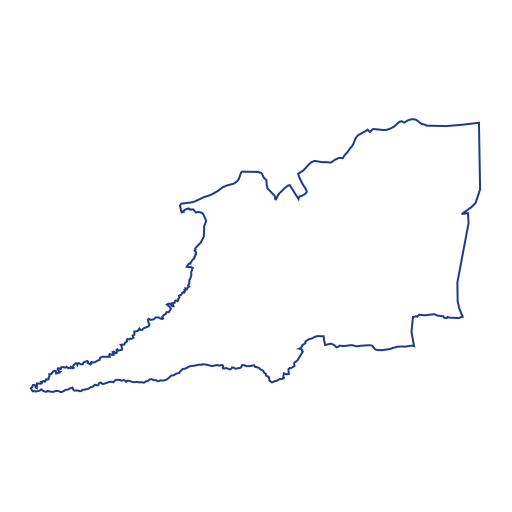 Villa Guerrero, México, Mexico (Albers equal-area conic projection), rotated 91°
{"feature_id": "50627088B69956454145836", "entity_name": "Villa Guerrero", "entity_type": "district", "adm_level": 2, "iso_a3": "MEX", "parent_name": "Mexico", "parent_adm1": "México", "projection": "albers", "projection_center": [-99.664, 18.941], "detail": "fine", "context": "isolated", "style": "outline", "palette": "blue", "viewbox_px": 512, "rotation_deg": 91, "n_neighbors": 0, "source": "geoboundaries", "source_scale": "gbopen_adm2", "svg_char_len": 6127}
<svg xmlns="http://www.w3.org/2000/svg" viewBox="0 0 512 512"><g transform="rotate(91 256 256)"><path d="M203.7,322.5L205.0,331.7L207.0,332.9L213.7,331.2L213.0,329.1L212.4,329.5L210.6,327.2L209.6,324.3L209.8,323.6L210.4,323.5L210.4,322.8L210.8,322.5L210.5,319.7L213.6,316.7L213.0,314.5L213.5,311.5L214.4,309.8L221.7,306.4L227.1,308.3L237.5,308.5L243.6,311.5L248.8,316.4L249.8,316.9L250.8,316.5L251.9,317.4L252.9,316.4L253.7,316.4L254.1,315.9L255.1,316.4L255.6,316.1L256.0,316.7L257.8,317.1L258.4,317.8L259.5,317.6L260.4,318.9L263.5,321.1L264.8,321.4L264.5,322.3L265.7,323.7L267.9,325.1L268.2,323.6L268.2,320.7L268.9,319.1L273.5,320.5L276.3,320.3L280.1,321.4L281.1,322.2L284.5,322.2L286.6,323.3L287.7,322.2L288.7,323.8L290.2,324.3L289.6,326.1L291.2,325.9L291.2,326.8L292.8,326.5L293.0,327.5L294.0,327.5L294.0,329.0L296.0,330.1L297.1,332.3L299.0,331.8L300.0,333.0L301.5,332.9L302.5,333.6L301.8,335.3L302.4,336.1L304.2,336.5L304.5,338.7L307.7,337.6L307.7,339.0L305.2,340.6L305.3,342.9L306.2,344.2L308.1,341.6L310.5,340.2L313.7,342.2L313.7,344.4L315.7,345.4L316.5,347.1L318.6,348.7L320.1,347.8L320.7,348.8L320.1,350.7L319.1,352.3L319.2,355.2L321.1,357.1L321.7,360.2L320.7,362.0L321.5,362.9L324.0,362.5L326.5,361.3L328.1,362.0L330.5,367.6L331.8,368.4L332.0,370.5L330.6,371.3L333.2,373.2L333.6,376.3L336.8,376.2L337.6,377.9L339.8,377.1L340.9,378.7L340.7,380.0L341.6,381.3L341.3,382.9L342.1,383.8L343.6,383.5L345.2,385.4L346.8,386.0L347.1,389.7L348.8,388.7L352.0,388.3L353.0,392.0L351.7,392.9L352.0,393.7L355.3,393.6L355.7,394.7L354.0,396.5L354.6,397.7L357.2,396.5L357.4,398.2L356.5,400.5L357.2,401.0L359.4,400.5L359.4,407.8L360.6,410.2L362.6,410.5L363.2,412.3L365.1,415.5L365.3,417.8L364.8,418.5L365.5,419.3L366.5,418.9L367.4,419.6L365.9,422.4L364.5,422.1L363.9,422.8L365.3,426.5L367.4,427.5L367.3,429.3L366.2,431.2L366.6,432.3L367.9,432.7L366.8,433.2L366.2,434.1L368.4,436.6L369.8,437.0L371.1,436.4L371.5,437.0L370.2,439.1L371.4,439.4L371.0,440.9L371.5,441.6L370.1,443.6L371.0,444.7L370.4,446.9L370.7,448.7L372.4,449.2L371.8,451.0L371.8,452.2L372.9,452.3L374.8,450.8L375.2,449.5L375.9,450.2L377.0,453.8L375.9,454.2L374.7,454.1L374.3,455.3L374.9,456.7L376.1,457.9L377.5,458.4L378.0,460.7L379.5,460.2L381.1,461.2L382.5,461.1L383.2,462.0L382.9,463.6L385.2,464.6L385.3,465.1L384.6,465.8L385.6,468.7L386.6,467.7L387.5,468.8L387.2,472.8L391.9,472.8L391.2,474.0L389.1,474.5L388.7,475.7L389.0,476.9L390.9,477.3L392.1,478.9L395.2,476.9L395.0,475.4L395.3,474.1L395.1,472.5L394.2,469.6L393.3,468.8L393.2,468.2L394.7,466.3L395.4,463.9L395.4,463.1L394.5,462.0L395.1,460.2L395.4,456.3L394.5,454.1L394.4,451.6L395.5,448.6L395.1,447.2L393.2,444.0L392.6,441.1L391.7,439.9L390.8,437.2L393.0,436.3L393.8,435.1L393.5,431.9L394.3,430.0L394.1,428.3L392.8,427.1L392.7,425.3L391.5,420.9L390.0,418.9L389.5,416.8L387.6,415.0L387.6,414.3L388.2,412.2L388.0,411.6L387.5,411.2L386.1,411.0L385.3,409.3L385.2,408.9L386.5,407.5L386.7,406.5L384.4,400.2L384.3,398.2L384.8,396.6L382.6,394.3L382.2,393.2L382.3,390.0L383.0,388.6L382.4,386.1L382.6,385.3L384.1,383.7L382.8,382.4L382.8,381.7L384.2,376.9L384.3,374.5L383.9,372.7L384.4,371.0L384.2,368.2L384.6,366.1L384.4,365.4L383.2,363.7L382.9,362.0L381.4,360.5L380.9,358.4L382.0,355.9L381.8,354.2L382.9,352.0L382.8,351.0L382.0,349.3L382.2,346.6L381.5,344.0L380.4,342.3L377.0,338.5L376.6,335.9L375.1,334.0L374.3,330.8L372.8,329.9L370.2,327.2L369.9,324.9L367.2,319.8L366.9,316.7L365.6,310.9L365.8,308.7L365.2,307.6L365.4,304.2L366.8,298.2L365.8,293.3L366.2,291.0L365.7,289.0L365.7,287.7L366.4,286.9L367.0,286.8L368.2,287.3L368.9,287.0L369.2,286.3L368.5,284.0L369.9,280.0L369.1,278.8L367.8,278.0L368.0,276.5L369.1,274.5L368.1,269.7L367.0,268.6L365.4,268.1L365.2,267.4L365.6,265.2L366.4,263.6L366.2,259.9L365.2,256.1L367.0,254.7L366.9,253.4L367.4,252.8L367.7,251.4L369.3,249.5L370.5,246.9L371.9,246.2L373.1,245.1L373.5,244.2L375.0,244.0L375.8,243.3L376.6,241.4L377.3,240.8L380.2,240.5L382.1,237.9L381.3,235.8L380.6,234.8L380.6,233.5L378.5,230.0L378.7,228.7L377.9,226.2L377.2,226.0L377.1,226.6L376.7,226.6L372.8,226.1L373.4,225.0L373.7,222.7L373.3,221.0L370.8,221.5L368.5,221.5L367.4,220.2L367.5,219.0L365.4,215.6L362.5,216.0L361.5,215.4L360.8,214.0L359.7,212.8L351.1,207.7L350.3,208.2L350.2,207.8L349.1,208.2L348.2,209.1L347.9,211.0L347.3,209.6L346.8,209.6L345.4,208.3L344.3,208.1L342.3,205.1L340.6,205.1L338.1,201.2L337.4,198.4L335.8,195.8L335.0,193.0L335.1,186.9L338.7,186.6L343.8,185.3L342.4,179.8L342.7,178.3L343.9,176.1L345.9,173.9L345.6,172.6L344.2,171.0L344.5,166.2L343.5,159.6L343.5,158.1L344.6,154.0L343.9,149.7L343.2,141.0L343.7,138.1L346.7,135.8L347.5,134.8L348.0,132.5L347.9,127.7L346.6,120.2L346.1,118.7L345.2,117.2L345.2,115.8L344.3,113.6L343.9,108.9L344.1,105.8L343.0,99.5L342.9,97.8L343.4,96.4L329.1,99.2L314.2,98.0L314.1,96.6L313.4,95.2L313.9,93.8L311.8,91.7L312.4,86.6L311.1,76.8L312.4,73.5L313.0,67.7L314.4,66.9L314.8,64.8L314.4,63.7L313.6,63.4L314.2,61.9L314.6,51.9L313.7,50.5L313.2,48.3L305.0,51.8L297.6,53.6L279.0,54.2L219.2,44.0L209.4,44.9L210.5,51.1L203.5,41.6L199.2,37.4L185.4,33.1L118.9,35.4L121.2,52.4L122.8,68.2L122.7,87.7L121.7,89.6L121.0,92.9L118.0,96.8L117.0,98.5L116.6,100.0L116.5,102.6L117.7,106.5L119.9,109.9L119.9,110.4L118.7,112.9L119.4,115.0L124.5,120.6L126.3,124.0L127.7,127.8L127.8,131.1L127.0,140.3L127.2,141.5L130.0,144.3L127.8,146.8L129.2,148.5L133.2,155.7L134.4,157.0L136.6,158.5L142.7,160.8L144.6,161.9L146.8,163.9L151.1,166.7L152.0,167.8L155.3,170.2L156.7,170.9L156.4,174.9L157.8,177.2L158.2,178.6L161.0,182.3L161.3,183.3L160.9,188.2L161.0,191.7L159.9,198.9L160.3,200.1L161.4,202.4L163.7,204.9L169.5,210.0L173.1,215.3L176.0,214.3L182.3,211.3L188.2,207.4L190.3,206.5L191.5,206.5L193.6,208.7L194.8,210.7L195.8,213.5L196.7,214.2L198.3,214.5L184.5,223.5L185.1,225.1L186.6,227.4L192.7,233.5L195.2,235.2L199.1,237.0L199.0,237.6L198.4,237.9L196.3,237.9L195.6,238.4L187.9,245.9L185.8,246.1L185.5,246.5L180.0,246.9L177.4,249.7L174.1,251.2L172.7,252.4L172.6,253.9L171.9,254.8L171.9,271.7L173.5,272.6L179.6,274.7L181.5,276.1L184.0,279.3L186.0,286.4L187.8,290.4L191.4,295.0L193.7,298.7L196.0,303.0L198.2,309.4L202.7,318.4L203.7,322.5Z" fill="none" stroke="#1e3a8a" stroke-width="2"/></g></svg>